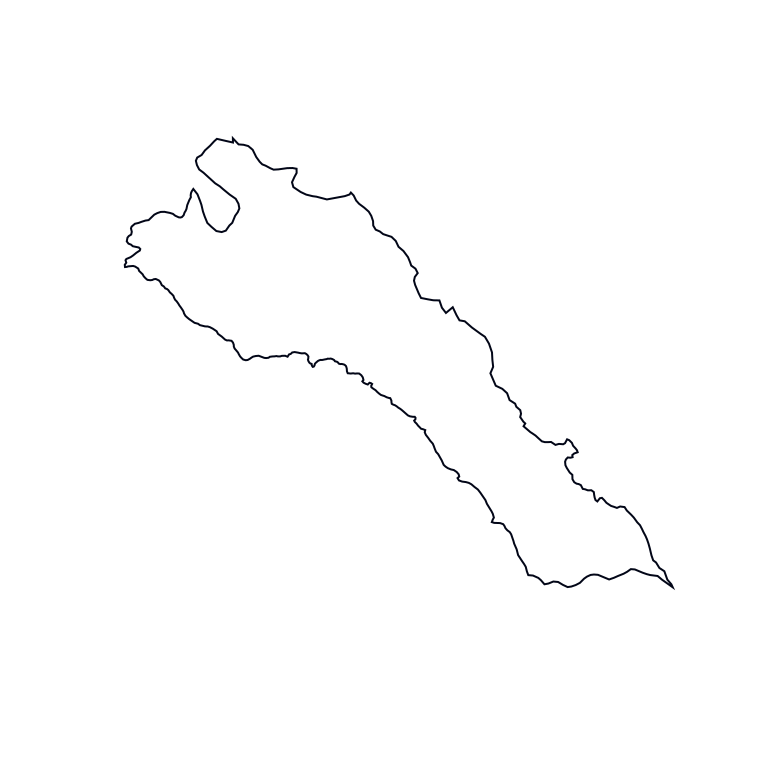 Rizokarpaso, Cyprus (Albers equal-area conic projection), rotated 71°
{"feature_id": "46923920B57718110047043", "entity_name": "Rizokarpaso", "entity_type": "district", "adm_level": 2, "iso_a3": "CYP", "parent_name": "Cyprus", "parent_adm1": "", "projection": "albers", "projection_center": [34.434, 35.609], "detail": "fine", "context": "isolated", "style": "outline", "palette": "ink", "viewbox_px": 768, "rotation_deg": 71, "n_neighbors": 0, "source": "geoboundaries", "source_scale": "gbopen_adm2", "svg_char_len": 6163}
<svg xmlns="http://www.w3.org/2000/svg" viewBox="0 0 768 768"><g transform="rotate(71 384 384)"><path d="M137.5,500.8L139.1,502.9L140.6,504.3L142.7,505.4L144.5,505.8L146.7,508.2L150.8,511.8L154.2,513.8L155.9,515.4L156.9,516.7L159.2,518.5L160.4,520.8L160.3,522.3L159.6,523.8L156.9,526.6L154.4,528.2L152.5,530.8L149.7,535.6L148.6,539.1L148.6,542.7L149.1,546.1L152.4,553.2L151.8,556.3L151.7,560.7L151.8,563.6L151.4,567.4L153.0,571.4L154.5,572.6L158.0,572.9L160.4,574.4L161.0,577.1L162.1,578.9L165.4,580.8L168.1,579.9L169.9,577.8L171.9,576.7L173.2,574.6L175.1,571.4L177.0,570.5L178.3,571.4L179.3,575.4L180.8,579.5L181.6,582.4L181.7,583.9L181.9,586.9L182.8,588.1L185.4,588.2L186.9,590.3L189.1,590.8L189.5,589.1L189.5,587.6L190.7,582.8L191.9,581.1L194.8,578.8L197.4,578.7L201.7,576.5L204.0,576.1L206.5,575.0L208.5,573.8L209.8,571.2L210.2,569.3L210.0,567.5L210.4,565.6L212.8,563.1L214.8,562.3L218.2,561.9L220.1,560.4L222.4,559.7L223.5,558.3L224.9,557.4L227.7,556.6L229.6,555.5L232.0,554.4L234.0,554.4L236.3,554.1L238.4,553.1L241.1,552.3L243.1,551.9L245.6,551.1L248.6,550.3L250.3,550.0L252.1,550.1L254.8,549.6L256.9,548.5L259.2,547.1L264.5,543.2L266.5,540.2L268.4,538.9L271.3,534.4L272.2,532.0L273.5,530.2L275.9,527.9L279.6,525.1L282.6,524.6L284.6,523.2L286.3,522.0L290.3,519.8L291.7,518.3L292.1,516.8L293.5,514.1L295.7,513.3L298.1,513.3L299.7,513.8L301.8,513.7L306.7,511.8L308.4,511.6L311.0,511.1L312.7,510.4L315.0,509.2L316.5,507.0L316.9,505.1L316.5,502.7L315.9,500.7L315.5,498.9L315.8,496.1L316.5,493.3L320.3,488.7L321.1,487.0L321.6,484.6L321.1,483.1L321.6,480.6L322.2,478.6L322.6,476.5L323.4,475.3L324.1,473.2L324.1,471.5L325.1,468.3L326.8,466.3L325.1,464.1L325.2,462.6L324.9,461.7L324.3,460.6L324.7,458.1L326.4,455.0L327.3,453.6L328.3,451.7L329.1,448.8L330.3,447.7L331.8,446.9L333.4,446.5L335.4,447.4L336.2,448.0L337.9,448.0L339.6,447.6L340.7,446.9L341.4,445.9L343.1,446.2L344.6,445.8L344.7,444.8L343.9,443.7L343.0,443.2L342.3,442.6L341.8,441.7L340.7,439.0L340.5,437.2L340.6,436.0L341.1,434.9L341.3,433.6L341.4,432.6L341.8,430.0L341.7,429.1L342.4,427.2L342.6,426.1L343.7,424.6L345.2,423.3L346.5,423.0L347.7,421.2L348.5,420.6L350.0,420.1L350.9,418.9L351.2,417.7L351.6,416.9L352.6,415.4L353.5,414.7L354.7,414.1L356.0,414.1L357.4,414.2L359.9,414.9L362.0,414.8L363.3,412.0L363.8,409.7L364.8,407.9L365.2,406.2L366.0,404.1L368.3,402.6L370.8,401.9L373.5,402.1L374.4,403.6L376.1,402.9L377.8,401.3L379.2,399.5L378.1,397.3L378.9,396.1L380.1,395.2L381.6,396.7L383.0,397.0L385.2,395.5L387.1,394.0L389.1,393.1L391.4,391.8L393.3,390.5L394.4,389.1L395.5,387.6L397.4,385.8L398.8,383.9L399.4,382.7L402.0,382.4L403.8,382.9L405.3,383.1L406.5,382.0L407.7,380.5L409.2,379.3L411.0,378.2L412.8,376.7L414.5,375.6L416.4,374.5L418.7,373.2L421.5,371.6L423.0,370.0L424.3,367.6L425.0,365.6L426.3,365.2L427.7,365.9L428.4,367.4L429.9,367.2L432.1,366.1L434.6,365.3L436.4,364.4L438.4,363.5L439.4,361.9L441.0,360.0L442.9,361.2L445.7,361.0L449.5,359.7L452.7,358.8L456.3,357.3L459.1,357.1L461.4,357.1L465.0,356.9L468.0,355.6L475.0,354.3L479.9,353.9L482.0,352.8L484.3,351.1L486.5,348.6L488.1,346.0L490.9,343.9L493.7,342.8L496.0,343.0L496.9,345.1L499.6,344.5L501.7,341.9L503.4,338.5L505.1,336.0L507.3,334.0L510.9,331.9L514.3,329.6L518.1,328.3L526.8,325.9L530.8,325.7L539.3,323.8L542.1,323.4L546.1,323.6L547.6,325.3L549.7,327.0L551.2,325.0L553.3,319.5L555.4,316.9L557.6,316.3L559.9,316.1L562.5,315.0L565.0,313.3L567.5,312.7L574.6,312.7L577.3,312.9L583.5,312.4L589.4,312.9L596.1,311.2L599.7,310.2L603.0,309.5L607.7,309.9L611.7,309.8L613.6,305.5L617.6,301.2L620.6,299.5L625.6,297.5L626.2,293.5L625.9,288.2L627.9,283.8L632.2,280.2L635.8,276.5L636.5,272.8L636.5,268.2L635.8,263.5L633.2,258.2L632.2,254.8L631.8,250.8L632.5,247.5L634.1,243.8L642.1,234.8L642.1,229.8L641.7,225.2L641.4,219.2L640.7,215.2L639.4,210.9L641.0,207.2L646.7,200.8L649.3,197.5L651.3,194.5L654.6,187.8L659.6,184.8L670.2,177.2L666.9,177.5L661.2,179.8L652.3,179.9L647.6,183.5L641.3,184.9L638.4,186.9L633.1,186.9L626.1,186.2L621.1,185.9L616.5,185.9L612.8,186.2L608.5,186.9L604.9,187.3L600.9,187.9L597.2,189.6L591.6,191.3L588.0,192.9L582.7,195.6L578.7,196.6L576.7,200.6L577.0,204.1L574.9,206.7L573.2,209.0L571.0,210.7L568.7,212.4L565.7,213.5L562.6,215.0L562.3,217.1L564.5,220.5L562.6,221.8L560.0,221.8L557.3,221.4L554.5,220.8L552.0,222.5L550.9,225.9L549.0,228.2L547.9,230.2L543.7,230.8L542.0,232.5L540.9,234.4L538.8,236.1L535.4,236.8L531.2,235.5L528.2,237.2L522.9,238.5L519.9,238.9L516.5,238.1L514.6,236.6L513.3,234.2L514.4,231.7L514.6,229.5L512.5,229.1L511.6,226.8L511.6,223.1L509.5,223.1L507.4,223.8L504.0,225.3L500.8,225.5L497.4,227.2L495.9,228.9L498.9,232.1L499.3,234.2L497.6,238.1L497.4,241.7L493.2,244.9L492.3,248.1L491.3,250.9L489.6,253.4L486.0,255.4L482.1,257.5L479.0,259.8L477.1,261.3L469.4,265.8L467.3,263.3L465.0,264.5L459.6,266.0L456.7,264.1L453.1,263.7L448.6,266.3L445.3,266.4L440.1,270.5L432.8,270.6L427.1,273.7L422.0,278.9L408.5,279.9L403.3,275.2L396.6,273.7L389.3,271.6L380.0,271.6L372.2,273.2L368.1,276.3L359.2,282.5L351.0,287.2L348.4,291.9L342.7,293.0L333.8,294.0L337.0,302.3L330.7,304.4L323.0,304.4L320.9,310.1L318.3,314.8L314.7,321.0L309.4,321.7L300.4,322.3L296.1,322.0L292.8,320.0L290.1,316.0L285.2,316.7L280.9,319.7L277.2,319.7L271.9,320.0L264.6,322.3L259.0,325.6L252.6,326.3L247.3,329.0L244.3,333.0L242.0,336.0L238.4,338.3L235.4,341.6L230.7,342.6L226.4,341.3L220.8,341.3L216.1,342.3L210.8,345.3L205.5,348.9L201.5,350.6L195.9,351.3L192.2,353.0L193.6,354.9L193.6,359.9L190.9,377.9L184.9,386.9L183.2,390.3L179.6,395.9L175.3,400.3L168.3,405.6L163.3,405.3L159.0,401.2L156.0,397.9L152.0,396.6L150.0,400.2L148.4,405.2L146.7,413.9L145.4,418.6L143.0,421.2L139.0,424.9L136.7,427.6L133.4,429.2L127.8,430.9L119.8,431.9L114.8,434.9L112.1,438.9L110.1,443.5L102.5,446.9L106.5,448.2L102.8,454.2L97.8,462.2L99.2,465.5L102.1,470.9L104.8,477.2L108.1,481.9L109.1,486.9L111.7,489.2L116.1,489.6L121.0,488.9L125.4,485.9L139.3,478.3L143.6,474.9L147.6,472.6L154.6,468.3L160.6,463.9L166.2,462.9L170.9,463.6L173.9,466.3L176.5,470.0L182.2,475.0L183.8,478.6L187.5,483.6L187.5,488.0L184.8,492.7L179.2,496.0L174.2,498.6L167.2,499.0L161.9,499.0L155.2,498.3L151.3,498.3L143.9,498.6L137.5,500.8Z" fill="none" stroke="#020617" stroke-width="2"/></g></svg>